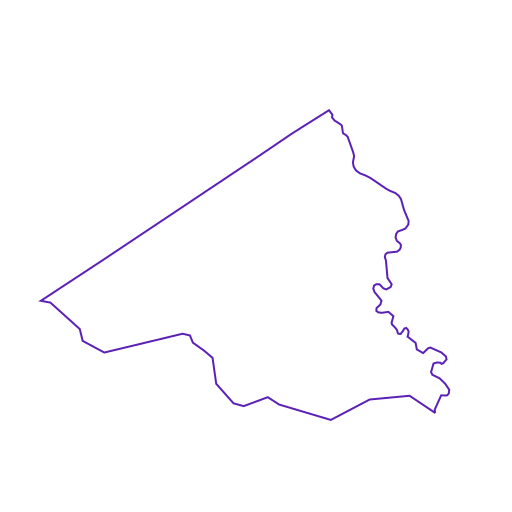 Richmond, Georgia, United States of America, rotated 7°
{"feature_id": "52423323B1751844526398", "entity_name": "Richmond", "entity_type": "district", "adm_level": 2, "iso_a3": "USA", "parent_name": "United States of America", "parent_adm1": "Georgia", "projection": "albers", "projection_center": [-81.966, 33.386], "detail": "fine", "context": "isolated", "style": "outline", "palette": "violet", "viewbox_px": 512, "rotation_deg": 7, "n_neighbors": 0, "source": "geoboundaries", "source_scale": "gbopen_adm2", "svg_char_len": 1707}
<svg xmlns="http://www.w3.org/2000/svg" viewBox="0 0 512 512"><g transform="rotate(7 256 256)"><path d="M117.2,370.3L192.6,342.1L200.1,342.9L203.9,349.7L216.2,356.4L225.3,362.4L232.1,387.7L251.7,405.0L262.1,406.5L284.9,394.7L297.0,400.6L350.2,409.6L386.3,384.6L425.5,376.0L453.1,390.0L452.9,389.8L452.1,386.7L456.8,371.7L460.7,371.4L462.7,371.0L464.1,369.0L464.1,365.2L459.4,359.8L453.1,355.0L445.5,352.4L443.9,349.9L445.3,341.1L448.7,339.6L452.2,339.5L453.3,340.5L454.9,339.6L457.7,335.4L456.8,332.6L451.6,329.1L440.1,325.6L438.1,326.6L433.7,332.0L427.0,329.1L425.0,322.8L416.3,317.6L416.6,315.5L416.7,312.4L415.6,310.5L413.9,309.1L412.1,309.9L410.8,312.8L409.0,315.8L406.7,315.8L405.8,314.6L405.1,312.5L403.4,310.6L399.4,307.4L398.7,305.9L399.7,299.0L394.2,295.3L387.7,297.1L384.1,297.0L382.1,295.7L382.0,293.0L383.5,291.2L385.4,288.9L386.0,285.0L378.0,277.3L376.4,274.1L376.8,270.9L378.9,269.3L382.2,269.1L386.2,272.5L389.4,273.3L393.4,270.4L394.1,267.5L389.2,261.8L385.5,244.6L384.0,241.3L384.3,238.5L386.0,236.7L389.5,235.9L395.5,234.5L397.9,232.1L398.6,229.8L398.5,227.4L397.1,225.7L394.0,223.9L392.2,220.4L392.5,216.8L394.0,214.2L397.4,212.6L401.0,210.5L403.3,206.3L403.3,204.2L403.2,202.6L397.3,192.2L393.2,182.4L392.9,181.7L390.4,178.9L386.6,176.5L380.4,174.8L376.7,173.2L369.5,169.5L360.0,164.6L354.8,162.7L349.1,161.3L344.8,158.9L342.1,155.5L340.8,151.4L341.2,145.1L340.0,141.6L332.4,126.4L330.0,124.7L327.7,123.8L327.3,123.3L325.4,116.4L324.2,115.2L323.8,115.0L317.5,112.0L314.6,109.2L314.6,106.5L310.7,102.4L290.2,119.1L276.5,130.3L246.1,156.9L229.7,171.0L105.1,278.2L95.9,286.0L47.9,326.7L57.6,327.3L90.0,350.0L94.3,361.4L117.2,370.3Z" fill="none" stroke="#5b21b6" stroke-width="2"/></g></svg>